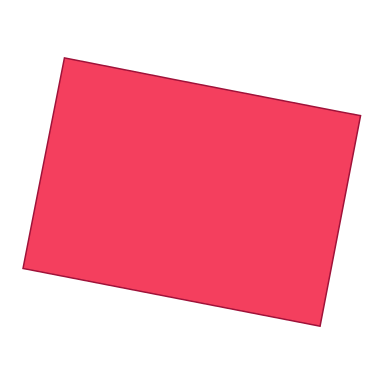 Winnebago, Iowa, United States of America, rotated 11°
{"feature_id": "52423323B32646227852177", "entity_name": "Winnebago", "entity_type": "district", "adm_level": 2, "iso_a3": "USA", "parent_name": "United States of America", "parent_adm1": "Iowa", "projection": "orthographic", "projection_center": [-93.701, 43.377], "detail": "fine", "context": "isolated", "style": "filled", "palette": "rose", "viewbox_px": 384, "rotation_deg": 11, "n_neighbors": 0, "source": "geoboundaries", "source_scale": "gbopen_adm2", "svg_char_len": 378}
<svg xmlns="http://www.w3.org/2000/svg" viewBox="0 0 384 384"><g transform="rotate(11 192 192)"><path d="M41.2,84.7L40.8,222.9L40.7,299.3L343.3,299.3L342.9,84.9L323.1,85.0L320.7,85.0L303.9,85.0L292.3,85.0L266.6,85.0L246.6,85.0L214.2,85.0L210.6,85.0L208.2,85.0L203.4,85.0L170.1,85.0L153.7,85.0L152.7,85.0L41.2,84.7Z" fill="#f43f5e" stroke="#9f1239" stroke-width="1.5"/></g></svg>